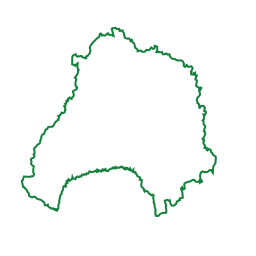 outline of Ihosy, Ihorombe, Madagascar, rotated 12°
{"feature_id": "10022922B7074189327891", "entity_name": "Ihosy", "entity_type": "district", "adm_level": 2, "iso_a3": "MDG", "parent_name": "Madagascar", "parent_adm1": "Ihorombe", "projection": "natural_earth1", "projection_center": [45.83, -22.367], "detail": "fine", "context": "isolated", "style": "outline", "palette": "green", "viewbox_px": 256, "rotation_deg": 12, "n_neighbors": 0, "source": "geoboundaries", "source_scale": "gbopen_adm2", "svg_char_len": 5787}
<svg xmlns="http://www.w3.org/2000/svg" viewBox="0 0 256 256"><g transform="rotate(12 128 128)"><path d="M161.9,51.7L159.2,50.7L157.6,51.2L156.2,50.7L154.0,49.3L153.6,47.7L153.1,47.3L151.5,48.0L150.0,47.1L148.3,48.3L146.7,48.6L145.5,46.6L144.0,47.3L142.0,47.1L141.3,47.8L140.0,47.9L140.4,45.5L139.6,42.4L137.7,42.0L137.0,42.1L137.4,44.3L136.5,45.3L135.9,45.4L134.0,44.4L132.6,47.5L129.7,47.8L128.6,49.9L125.8,50.5L124.4,49.5L121.5,51.0L121.0,49.2L118.4,48.0L116.5,44.1L114.4,43.0L113.7,41.1L113.1,40.9L112.4,42.3L110.6,40.2L108.7,40.8L106.5,40.5L105.8,40.0L105.7,39.0L104.8,37.9L104.4,36.4L103.1,35.1L102.5,33.7L99.8,34.8L99.3,34.6L99.3,33.3L98.7,32.9L96.2,33.5L94.8,32.6L94.1,33.2L92.0,33.6L91.5,34.4L94.8,41.0L91.3,40.4L90.3,40.9L88.7,39.5L87.5,40.5L87.5,41.3L86.1,42.4L84.9,42.3L83.2,43.0L82.5,41.6L81.8,41.2L80.8,42.1L81.0,43.6L80.6,45.2L78.8,47.2L76.0,51.5L74.2,55.2L73.9,57.4L75.1,59.8L74.9,63.6L74.3,64.0L73.7,65.7L72.3,66.5L72.2,67.3L72.7,68.3L71.9,68.8L70.1,68.2L68.6,68.3L67.9,67.4L67.1,67.2L65.9,68.0L64.8,68.0L63.9,68.7L63.0,68.6L61.5,66.7L59.0,68.7L58.8,70.7L60.2,77.4L62.4,77.5L63.3,78.2L64.1,76.5L65.3,75.2L65.9,79.2L67.1,81.4L67.5,81.5L67.2,81.9L67.5,84.9L67.1,86.6L65.6,89.7L67.2,90.6L67.2,95.2L68.1,97.9L68.9,98.3L69.3,99.2L69.8,99.1L69.7,100.7L67.6,102.7L66.8,103.0L66.5,103.9L68.1,106.7L68.0,108.5L67.0,109.8L66.8,111.3L65.4,111.2L64.6,110.3L63.2,111.9L63.1,112.9L63.8,113.4L63.7,114.3L62.2,114.3L62.2,116.4L61.6,117.2L62.3,117.3L61.9,118.9L62.2,120.0L61.2,120.1L63.1,123.2L62.7,123.6L62.8,125.8L61.0,127.1L59.9,126.8L59.7,127.9L58.7,129.2L58.8,129.8L57.7,130.6L58.3,130.7L58.4,132.4L57.9,133.3L58.4,134.4L57.5,134.8L56.9,136.3L55.9,136.9L54.1,142.3L49.8,143.6L49.2,145.8L47.8,146.6L47.0,151.4L45.7,152.1L45.0,154.2L45.2,155.3L44.8,158.8L45.1,160.0L44.7,161.5L43.2,162.9L40.5,167.5L40.5,168.5L41.1,169.3L41.9,172.1L41.2,173.7L42.2,174.3L42.4,175.4L41.7,176.9L39.9,177.9L39.5,179.0L40.7,181.2L40.5,183.1L42.1,184.4L43.8,185.0L43.9,187.8L44.6,191.3L45.6,192.5L45.6,193.8L44.9,195.1L43.2,195.4L42.2,196.2L36.3,197.1L35.9,201.2L35.1,201.9L37.8,207.6L39.0,207.5L40.6,209.2L41.6,209.4L42.7,211.2L44.4,212.3L45.5,215.1L48.6,215.9L50.1,214.7L51.4,214.7L53.9,216.2L57.8,216.4L61.5,218.3L62.9,220.9L65.6,219.8L65.6,220.9L68.2,222.3L69.1,222.2L69.7,222.8L70.5,222.8L71.5,222.1L73.0,223.2L74.2,223.4L73.4,222.4L74.8,222.2L75.2,222.4L75.4,223.4L75.9,223.4L76.6,220.6L75.9,218.1L76.3,214.8L75.8,213.8L76.1,213.0L75.8,211.5L75.9,207.6L76.7,206.7L76.5,204.0L77.1,202.7L77.2,199.9L76.9,199.0L77.6,198.0L79.0,198.4L79.5,198.2L78.6,195.9L79.8,194.8L79.2,194.5L79.1,193.7L79.7,194.2L80.1,193.9L79.7,192.4L80.4,190.6L81.5,191.9L82.1,191.7L82.3,190.7L83.9,189.9L83.8,187.5L84.4,188.4L87.2,189.0L87.6,187.1L88.1,186.3L88.8,185.9L90.1,186.4L91.0,185.2L92.4,185.2L92.3,183.9L93.0,182.9L94.3,183.3L95.4,182.1L96.8,182.3L97.0,180.9L98.6,180.8L99.3,178.4L100.7,178.8L103.3,178.1L105.3,176.4L106.3,177.4L106.6,177.0L106.2,176.2L106.4,175.4L107.6,177.0L107.9,176.7L107.7,175.7L107.9,175.3L110.6,176.2L110.9,174.8L112.3,175.0L112.2,173.7L113.7,174.1L114.4,172.8L115.2,173.4L115.3,174.4L117.5,174.3L118.2,172.5L119.5,171.9L120.5,170.7L121.3,170.7L121.5,170.1L122.1,170.5L122.6,169.3L123.9,170.1L125.0,169.9L124.8,168.7L125.7,169.0L127.9,168.7L128.6,167.5L129.6,167.9L130.4,167.1L131.0,167.7L132.1,167.7L132.4,168.8L133.4,169.0L134.0,167.8L134.6,168.6L135.2,167.3L135.8,167.1L136.7,168.3L137.8,168.4L138.5,167.0L139.2,167.8L138.6,168.8L141.0,169.1L141.8,167.8L141.9,169.8L142.8,169.6L143.6,170.2L144.5,169.6L145.0,170.9L146.2,171.6L147.3,173.2L149.9,173.8L150.2,175.2L150.9,175.5L150.6,176.1L152.3,176.0L153.0,182.0L153.8,182.9L155.6,183.6L156.1,184.8L156.6,184.8L156.7,185.9L157.8,186.8L158.7,185.7L160.9,186.2L162.1,187.8L163.0,187.8L164.8,189.0L165.9,188.1L167.0,188.4L167.2,191.3L168.3,193.5L168.6,195.7L169.8,197.0L170.1,198.7L172.2,202.9L172.4,203.8L172.1,203.4L171.9,203.9L172.8,206.0L172.6,206.7L174.0,208.2L176.1,207.6L177.1,205.7L178.7,204.4L179.9,203.7L182.7,203.1L183.0,202.5L182.7,202.3L182.7,200.7L181.5,197.8L181.3,195.4L180.4,194.2L179.1,191.4L181.6,190.0L183.3,190.8L184.0,190.1L185.2,193.2L186.7,194.6L187.5,194.9L189.8,193.8L190.1,192.7L190.9,192.2L191.0,189.7L192.2,189.4L192.8,188.0L193.7,187.7L193.3,186.1L196.1,184.8L194.5,179.6L192.4,176.4L193.2,174.7L194.9,176.6L196.1,175.5L194.7,171.4L195.0,170.3L197.1,168.5L199.4,167.7L202.2,165.2L203.7,165.1L205.3,166.4L207.6,166.2L208.7,165.5L208.8,164.7L209.5,165.2L209.8,166.6L211.6,164.9L209.3,162.5L208.5,160.1L208.3,158.4L208.8,156.0L210.2,154.9L212.1,155.4L212.5,155.0L214.1,154.8L215.6,153.8L216.2,152.5L217.8,151.8L220.3,154.2L219.4,148.2L220.8,144.1L220.9,143.3L220.4,142.8L220.5,140.9L219.8,137.9L216.4,136.3L215.7,134.8L214.0,134.1L213.8,132.8L213.0,132.0L211.3,131.8L211.2,132.6L210.2,133.5L209.5,133.1L209.5,132.0L209.0,130.9L208.2,131.2L208.4,131.6L207.4,131.2L207.0,131.4L207.0,129.2L205.5,128.0L204.6,126.5L205.2,124.6L204.8,123.9L203.8,123.9L203.1,123.0L204.1,121.8L204.8,117.8L204.6,116.7L202.9,115.4L203.4,114.8L202.8,113.2L203.3,111.3L203.1,110.2L201.2,108.6L200.4,105.5L199.5,105.1L200.3,103.3L199.9,100.4L200.2,99.8L199.5,99.9L199.0,99.1L200.1,99.0L201.0,97.3L200.9,96.0L200.5,95.6L199.0,95.5L199.2,94.1L198.7,93.2L199.0,92.3L197.5,90.7L194.9,91.1L194.2,93.1L193.8,93.4L193.3,93.0L192.5,89.9L190.5,89.0L190.5,88.0L189.5,86.5L189.6,84.0L191.4,81.1L191.4,79.6L190.2,77.6L191.4,73.6L191.0,73.2L190.5,73.4L190.2,75.4L189.5,75.7L189.4,74.4L188.7,73.7L186.3,72.9L185.7,72.3L185.7,67.8L185.1,66.9L184.0,66.6L183.6,65.9L184.4,63.5L184.3,62.5L183.4,63.0L182.2,60.1L181.6,61.0L180.8,60.7L181.2,62.1L178.7,62.4L177.9,59.7L178.9,56.2L177.2,54.5L174.6,55.6L173.6,55.4L173.0,54.5L172.1,54.2L171.8,55.8L170.9,56.4L169.5,55.5L169.4,53.5L167.5,51.2L166.0,50.8L161.9,51.7Z" fill="none" stroke="#15803d" stroke-width="2"/></g></svg>